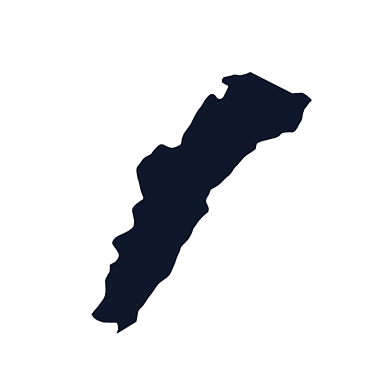 outline of Morne Vert, Laborie, Saint Lucia, rotated 238°
{"feature_id": "8701671B8981340817709", "entity_name": "Morne Vert", "entity_type": "district", "adm_level": 2, "iso_a3": "LCA", "parent_name": "Saint Lucia", "parent_adm1": "Laborie", "projection": "mercator", "projection_center": [-60.976, 13.779], "detail": "fine", "context": "isolated", "style": "filled", "palette": "ink", "viewbox_px": 384, "rotation_deg": 238, "n_neighbors": 0, "source": "geoboundaries", "source_scale": "gbopen_adm2", "svg_char_len": 5673}
<svg xmlns="http://www.w3.org/2000/svg" viewBox="0 0 384 384"><g transform="rotate(238 192 192)"><path d="M262.3,304.5L262.3,304.1L262.7,300.6L264.7,294.4L268.5,289.9L269.3,286.5L270.5,283.3L271.8,279.5L270.7,277.3L269.1,276.4L265.8,278.0L263.6,279.5L262.0,279.5L261.1,278.6L258.7,274.7L255.6,269.8L254.7,267.3L255.6,264.0L257.6,262.5L261.4,262.1L263.1,261.5L264.3,259.8L264.1,256.8L262.3,251.5L262.1,251.2L258.9,245.0L257.8,241.6L255.4,236.5L255.2,236.2L249.4,226.6L247.4,221.6L245.2,216.3L241.9,212.0L238.3,208.9L237.7,208.4L237.7,208.0L237.6,206.2L237.6,205.8L237.7,204.7L237.7,204.0L237.9,203.2L238.0,202.7L238.2,201.6L238.3,201.0L238.6,200.0L238.9,198.9L239.3,198.2L240.0,197.2L240.7,196.5L241.5,195.9L241.8,195.6L242.1,195.3L242.7,194.9L243.4,194.4L243.6,194.3L243.9,194.1L244.7,193.6L245.1,193.4L245.4,193.2L246.5,192.6L246.7,192.4L247.7,191.5L248.2,190.8L248.5,189.6L248.4,189.3L248.4,189.1L248.4,188.3L248.3,187.3L248.0,186.0L247.4,183.6L247.1,182.5L247.0,182.2L246.8,181.7L246.6,181.1L246.2,179.8L245.6,178.8L245.3,178.1L245.2,176.7L245.3,174.8L245.5,173.0L245.5,172.3L245.5,172.0L245.6,171.7L245.6,171.2L245.6,170.6L245.6,170.2L245.5,169.6L245.4,168.9L245.2,168.4L244.8,166.9L244.3,165.9L243.9,164.9L243.3,163.5L242.8,162.1L242.4,161.0L242.3,160.8L241.9,159.8L241.6,159.0L241.2,158.5L240.9,158.1L240.2,157.5L239.1,156.7L237.7,156.1L236.2,155.4L234.5,154.7L232.8,154.0L230.0,153.3L227.3,152.5L225.1,151.7L222.0,150.5L220.6,150.1L220.0,150.0L217.6,149.4L217.1,149.3L216.7,149.2L214.8,148.9L214.1,148.8L213.7,148.8L212.8,148.5L212.3,148.1L211.8,147.7L211.3,147.1L211.2,146.9L211.1,146.6L211.0,145.9L211.1,144.9L211.1,144.7L211.0,143.1L211.0,142.7L210.9,141.9L210.8,140.6L210.8,139.5L210.5,137.8L210.4,137.1L210.0,135.4L209.6,134.5L209.5,134.0L209.2,133.6L208.9,133.2L208.4,132.6L207.6,132.0L207.0,131.7L206.5,131.5L205.0,131.0L203.2,130.3L201.0,129.5L199.8,129.1L197.7,128.2L197.0,127.7L196.5,127.4L195.3,126.5L194.4,125.8L193.8,125.1L193.2,124.3L193.1,124.1L192.8,123.4L192.5,122.4L192.3,121.0L192.2,120.2L192.1,119.1L192.1,118.9L192.0,117.5L192.1,115.9L192.3,114.1L192.4,112.7L192.5,111.7L192.9,108.5L193.1,107.0L193.2,105.8L193.2,104.7L193.2,103.3L193.2,102.9L193.1,102.7L192.7,101.4L192.5,100.7L192.0,99.5L191.2,98.4L190.6,97.9L190.1,97.8L189.3,97.6L187.7,97.7L185.7,97.8L183.2,98.0L179.6,97.9L178.8,97.9L177.9,97.7L177.2,97.3L176.7,97.1L175.8,96.4L175.5,96.0L175.1,95.5L174.6,94.8L174.4,94.5L174.2,94.0L173.9,93.3L173.7,92.9L173.4,92.1L173.0,91.1L173.0,90.9L172.9,90.4L172.7,89.3L172.7,88.9L172.7,88.4L172.8,87.8L172.9,87.6L173.0,86.4L173.0,85.8L173.0,85.3L173.0,84.3L173.0,84.0L172.2,83.6L171.4,83.2L167.9,80.7L167.7,80.4L167.2,79.9L167.0,79.5L165.8,76.8L165.6,76.5L164.8,75.3L163.4,72.9L162.7,72.3L162.1,71.7L155.7,68.2L154.3,67.3L152.5,66.2L151.7,65.4L151.1,64.8L149.6,63.6L149.3,63.1L147.9,61.0L146.3,57.5L145.1,54.1L144.1,52.0L142.6,46.9L141.1,42.8L141.0,42.6L137.9,42.7L135.3,43.6L132.4,45.3L129.0,48.1L126.1,52.3L121.6,59.5L120.3,59.6L118.1,59.2L113.6,56.8L112.7,54.8L112.4,54.6L112.2,75.5L112.3,75.9L113.5,77.0L114.7,78.1L115.5,78.8L116.3,79.6L116.6,79.8L117.4,80.5L117.8,80.8L118.5,81.4L118.9,81.8L119.4,82.4L119.9,83.1L120.3,83.7L120.6,84.4L121.1,85.3L121.4,86.4L121.5,87.1L121.7,88.2L121.9,88.8L122.1,89.5L122.4,90.4L122.6,91.1L123.0,91.9L123.2,92.4L123.6,93.3L124.1,94.3L124.4,95.2L125.3,97.0L126.2,99.1L127.1,101.3L127.8,103.5L128.4,105.0L128.9,106.0L129.3,107.0L129.8,108.2L130.4,109.5L131.2,111.2L131.7,112.7L132.1,113.8L132.5,114.8L132.7,115.9L132.9,117.0L132.9,117.7L133.0,118.5L133.1,120.4L133.3,122.6L133.4,124.3L133.5,125.5L133.7,126.5L133.9,127.1L134.1,128.1L134.4,129.1L134.7,129.7L135.1,130.6L135.8,131.6L138.0,134.8L139.9,137.6L140.7,138.7L141.1,139.4L141.8,140.2L142.9,141.4L143.8,142.6L144.5,143.5L145.2,144.4L146.1,145.7L146.7,146.6L147.7,148.0L148.6,149.4L149.4,150.5L150.4,151.5L151.0,152.2L151.5,153.0L151.9,153.9L152.1,154.3L152.4,155.2L152.6,155.9L152.8,156.7L153.0,157.9L153.8,160.9L154.1,162.4L154.5,163.5L155.0,164.6L155.6,165.8L156.1,166.6L156.6,167.6L157.2,168.6L157.9,169.7L158.6,170.6L159.4,171.7L159.9,172.2L160.6,173.2L160.9,173.8L161.5,174.9L161.9,175.9L162.3,177.0L162.8,178.2L163.6,179.8L163.9,180.5L164.4,181.8L164.8,182.7L164.9,183.5L165.2,184.7L165.6,185.6L166.0,187.6L166.3,188.8L166.5,190.1L166.7,191.3L166.9,192.6L167.0,193.7L167.3,194.9L168.0,195.7L168.6,196.2L168.8,196.3L169.4,196.7L171.2,197.3L173.8,197.6L175.1,197.7L176.0,197.9L177.0,198.3L177.5,198.6L178.2,199.1L179.0,200.0L179.6,200.8L180.0,201.7L180.6,202.7L181.0,203.6L181.4,204.5L182.1,205.5L182.4,205.9L182.8,206.3L183.4,206.9L184.2,208.1L184.6,209.1L184.8,210.3L184.7,211.4L184.5,212.8L184.5,214.8L184.5,216.9L184.6,218.2L184.8,220.0L185.0,221.0L185.4,222.7L185.9,225.1L186.6,228.0L186.9,229.5L187.1,231.6L187.3,232.9L188.1,235.3L188.7,236.7L189.8,238.9L191.0,242.2L191.6,245.0L192.1,246.6L192.5,247.7L193.0,249.5L193.4,250.8L194.0,252.7L194.3,253.6L194.5,255.3L194.7,256.2L194.9,257.6L195.0,259.5L195.0,260.8L195.0,262.8L195.1,264.1L195.1,266.2L195.3,267.6L195.5,268.5L196.5,269.5L197.4,270.1L198.2,271.0L198.9,271.9L199.1,272.3L199.5,272.8L199.0,277.7L198.4,279.2L197.2,282.9L195.7,287.8L194.3,292.0L194.0,295.3L194.6,297.4L194.9,299.3L194.7,300.8L194.0,302.4L191.8,306.5L189.8,309.4L189.9,312.1L190.8,314.0L191.1,315.0L191.8,316.0L193.9,319.6L194.4,321.0L195.1,322.2L196.3,323.7L198.1,325.2L200.6,327.5L201.1,328.2L202.9,330.3L203.6,331.6L204.3,334.0L205.4,336.4L206.4,339.3L206.7,341.2L206.8,341.4L207.8,341.3L208.4,341.3L209.8,340.8L211.8,340.1L213.7,339.5L215.1,338.8L216.3,338.2L217.0,337.7L217.6,336.9L218.5,335.3L219.4,333.5L220.3,331.9L221.0,330.6L221.9,328.8L262.3,304.5Z" fill="#0f172a" stroke="#020617" stroke-width="1.5"/></g></svg>